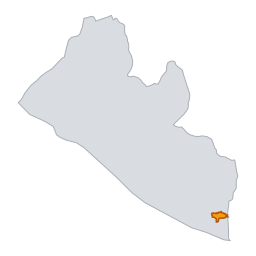 Karluway #1, Maryland, Liberia (highlighted)
{"feature_id": "62588387B21181915979204", "entity_name": "Karluway #1", "entity_type": "district", "adm_level": 2, "iso_a3": "LBR", "parent_name": "Liberia", "parent_adm1": "Maryland", "projection": "albers", "projection_center": [-7.745, 4.792], "detail": "fine", "context": "in_parent", "style": "filled", "palette": "amber", "viewbox_px": 256, "rotation_deg": 0, "n_neighbors": 0, "source": "geoboundaries", "source_scale": "gbopen_adm2", "svg_char_len": 4102}
<svg xmlns="http://www.w3.org/2000/svg" viewBox="0 0 256 256"><path d="M18.2,102.6L21.0,100.2L25.2,92.5L31.1,85.2L36.6,80.8L40.9,76.3L45.5,72.8L52.0,68.8L62.0,58.2L64.4,57.0L66.0,49.6L68.5,40.3L71.4,37.4L78.2,35.7L79.8,34.0L82.2,27.4L83.8,19.8L84.0,18.1L86.6,17.9L91.2,16.3L93.9,17.0L95.0,19.2L95.6,21.1L109.5,16.4L110.7,15.4L111.4,15.5L113.2,19.9L114.2,19.6L115.0,18.4L115.9,18.2L117.0,18.8L118.1,20.8L119.8,22.7L122.8,23.9L124.7,25.7L124.5,30.3L125.2,34.8L126.5,35.8L127.2,38.5L127.6,41.5L128.3,43.0L128.8,46.0L128.5,49.2L129.0,51.5L131.2,55.3L132.6,60.2L132.6,63.7L131.8,67.3L130.3,70.6L127.7,74.2L127.5,75.7L129.0,76.6L131.4,76.8L133.3,76.1L138.2,77.8L140.8,80.1L143.0,83.1L145.1,84.6L146.0,86.5L149.5,86.0L153.5,84.2L154.4,83.3L155.6,83.8L158.2,84.0L160.0,80.7L161.5,77.0L164.6,73.0L166.2,71.5L166.6,68.9L166.8,65.6L167.9,62.7L170.5,61.1L173.3,61.1L174.8,61.7L175.6,64.5L177.8,66.6L179.7,68.1L180.7,68.7L182.4,70.4L183.9,76.0L189.8,94.2L189.5,99.2L188.3,102.4L188.3,105.6L187.9,108.8L184.2,114.0L173.4,124.6L174.2,125.5L176.8,126.7L179.5,127.4L181.6,127.0L184.3,129.7L187.2,133.0L190.3,134.8L194.8,136.3L198.7,136.5L202.0,135.9L206.7,136.5L211.6,139.3L213.4,143.9L214.6,147.8L216.3,149.8L216.6,153.3L220.1,156.3L225.1,156.9L231.7,160.4L233.4,160.2L234.1,159.8L234.9,160.5L236.5,170.7L237.8,176.1L237.1,178.3L236.3,180.0L236.2,188.3L233.2,193.0L232.8,198.2L231.9,199.9L228.8,201.4L228.7,205.4L227.9,210.2L227.6,215.3L228.5,228.7L228.6,238.8L230.1,240.6L223.9,239.8L205.7,232.2L191.7,227.8L145.0,202.7L132.0,192.7L117.0,177.7L83.8,147.5L76.3,142.7L66.7,140.3L60.8,137.7L56.6,134.9L53.3,126.5L45.0,121.5L29.7,114.4L18.2,102.6Z" fill="#d9dde1" stroke="#a8b0b8" stroke-width="1"/><path d="M212.4,216.9L212.8,217.1L213.2,217.2L213.4,217.2L213.8,217.3L214.1,217.4L214.3,217.5L214.6,217.6L214.8,217.7L214.9,217.8L215.1,217.9L215.2,218.0L215.3,218.1L215.5,218.2L215.8,218.4L216.0,218.6L216.2,218.9L216.3,219.0L216.3,219.3L216.3,219.6L216.3,220.0L216.2,220.4L216.2,220.5L216.3,220.7L216.4,220.9L216.4,221.0L216.4,221.3L216.4,221.5L216.3,221.9L216.3,222.0L216.8,222.0L217.2,222.0L217.4,221.9L217.7,221.8L217.9,221.7L218.0,221.6L218.3,221.3L218.4,221.1L218.4,220.9L218.5,220.5L218.5,220.4L218.5,220.2L218.6,219.9L218.6,219.6L218.7,219.4L218.8,219.2L218.9,218.9L219.0,218.7L219.2,218.4L219.3,218.4L219.6,218.3L219.7,218.2L219.8,218.2L220.1,218.2L220.3,218.2L220.5,218.3L220.7,218.2L220.8,218.2L221.1,218.1L221.3,218.0L221.5,218.0L221.8,217.9L222.1,218.0L222.3,218.0L222.5,218.0L222.8,218.2L223.1,218.2L223.4,218.2L223.8,218.1L224.0,218.0L224.3,217.9L224.5,217.8L224.8,217.8L224.9,217.7L225.2,217.6L225.3,217.5L225.4,217.4L225.5,217.3L225.6,217.2L225.8,216.8L226.1,216.8L226.3,216.7L226.4,216.8L226.6,216.8L226.8,216.8L227.0,216.8L227.4,216.9L227.5,216.8L227.8,216.8L227.7,216.7L227.4,216.4L227.4,216.2L227.5,215.8L227.4,215.5L227.5,215.3L227.5,215.2L227.3,215.3L227.1,215.4L226.8,215.3L226.6,215.2L226.3,215.2L226.1,215.1L225.9,214.9L225.8,214.7L225.7,214.3L225.7,214.2L225.6,213.9L225.3,213.7L225.2,213.7L224.9,213.7L224.7,213.8L224.3,213.8L224.1,213.7L224.0,213.4L223.9,213.3L223.9,213.2L223.7,213.1L223.4,213.1L223.1,213.0L222.7,213.0L222.3,212.9L222.0,212.8L222.0,212.7L221.9,212.6L221.7,212.5L221.6,212.4L221.5,212.2L221.4,212.2L221.2,212.1L221.2,211.9L221.0,212.0L220.9,212.1L220.8,211.9L220.7,211.8L220.4,212.0L220.2,212.1L220.0,212.3L219.9,212.4L219.7,212.4L219.4,212.3L219.3,212.2L219.1,212.2L218.9,212.2L218.8,212.3L218.7,212.5L218.4,212.5L218.3,212.8L218.2,212.9L218.0,213.0L217.9,213.1L217.7,213.1L217.4,213.3L217.2,213.3L216.9,213.4L216.9,213.5L216.7,213.5L216.7,213.3L216.7,213.1L216.3,213.3L216.3,213.1L216.2,213.0L215.9,213.2L215.9,213.3L215.7,213.3L215.5,213.2L215.4,213.2L215.3,213.3L215.2,213.3L215.0,213.2L214.9,213.2L214.7,213.3L214.4,213.4L214.2,213.3L214.1,213.2L213.5,213.0L213.1,213.0L212.8,213.0L212.4,213.1L212.2,213.1L211.9,213.3L211.8,213.5L211.7,213.6L211.7,213.8L211.8,214.0L211.8,214.3L211.9,214.5L211.9,214.9L211.9,215.0L212.0,215.2L212.0,215.4L212.0,215.5L212.3,215.8L212.4,216.0L212.4,216.5L212.3,216.9L212.4,216.9Z" fill="#f59e0b" stroke="#b45309" stroke-width="1.5"/></svg>